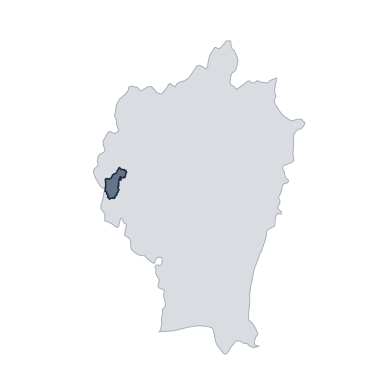 location of Miory, Vitebsk, Belarus, rotated 279°
{"feature_id": "67162791B84307245476990", "entity_name": "Miory", "entity_type": "district", "adm_level": 2, "iso_a3": "BLR", "parent_name": "Belarus", "parent_adm1": "Vitebsk", "projection": "robinson", "projection_center": [27.827, 55.577], "detail": "fine", "context": "in_parent", "style": "filled", "palette": "slate", "viewbox_px": 384, "rotation_deg": 279, "n_neighbors": 0, "source": "geoboundaries", "source_scale": "gbopen_adm2", "svg_char_len": 8210}
<svg xmlns="http://www.w3.org/2000/svg" viewBox="0 0 384 384"><g transform="rotate(279 192 192)"><path d="M317.7,257.9L311.5,257.6L304.0,257.7L299.9,260.0L295.3,258.9L292.1,260.2L284.9,266.5L282.0,269.8L279.4,275.0L277.8,278.9L278.7,281.6L280.2,284.0L280.5,286.7L281.2,288.9L279.4,290.4L278.4,292.6L275.3,292.2L271.4,290.1L270.6,287.0L267.6,284.9L265.6,283.8L262.4,283.6L257.4,284.6L250.7,285.4L245.7,285.6L242.9,286.7L238.9,287.7L237.3,286.5L235.0,283.0L233.2,279.5L231.9,278.0L230.8,277.6L229.4,277.7L227.9,278.8L226.7,279.9L222.5,281.2L220.7,282.4L218.6,285.6L217.3,285.4L215.9,284.7L214.3,281.1L212.1,280.3L208.5,280.2L204.2,279.5L200.6,278.4L199.3,278.6L197.2,280.2L194.9,280.4L189.9,279.0L188.9,279.6L186.1,283.6L184.7,283.8L183.9,283.3L184.4,279.9L181.5,278.6L176.6,278.5L173.1,279.0L171.5,278.8L170.6,278.1L166.4,272.4L164.2,272.0L160.2,272.3L154.3,271.6L147.6,270.3L143.8,269.9L141.9,268.6L137.7,268.1L126.6,265.7L122.0,265.3L115.3,265.2L105.0,264.7L98.4,265.0L95.4,265.8L91.8,266.3L79.7,267.0L75.3,267.6L74.0,268.8L72.5,271.5L67.4,276.0L62.4,279.1L61.5,279.3L58.7,277.7L56.4,277.2L53.6,277.0L51.6,277.5L50.3,278.3L50.4,281.8L50.1,282.1L48.1,277.9L48.3,274.1L49.6,272.0L51.1,270.0L50.6,267.1L52.1,263.2L52.2,260.4L51.6,259.2L50.5,257.8L47.4,256.3L46.0,255.1L41.7,253.5L37.5,251.5L36.9,250.2L37.1,249.4L37.9,248.1L41.2,244.3L44.8,240.7L47.1,239.2L59.1,234.6L61.0,232.9L61.5,230.2L61.5,224.6L60.9,219.5L60.0,216.0L57.9,209.4L52.1,195.8L48.8,181.6L51.2,182.5L56.8,182.8L61.3,181.8L63.6,181.7L65.7,182.0L71.6,181.2L73.0,182.5L75.6,183.6L80.9,182.0L85.5,180.0L90.2,180.2L90.9,179.2L92.2,174.2L93.6,173.1L99.3,173.6L101.4,172.7L103.7,170.2L107.0,168.7L109.8,168.7L112.8,167.0L114.2,168.1L114.9,170.2L113.9,171.9L114.3,172.5L116.3,173.3L119.7,173.3L122.0,172.6L122.5,171.7L122.5,170.0L122.0,168.4L120.5,167.0L117.8,166.3L115.9,166.2L115.6,165.4L116.2,163.5L118.0,160.0L120.1,156.9L121.4,155.7L121.6,154.6L121.4,152.7L121.4,149.4L123.3,144.6L125.9,141.0L129.3,139.8L133.4,139.2L136.0,137.5L137.4,135.6L138.5,132.6L139.8,132.0L149.7,132.4L151.2,129.4L152.1,128.6L154.0,127.7L155.3,126.6L154.8,125.8L152.3,125.3L146.4,124.8L145.2,123.8L145.6,122.6L147.2,119.6L148.8,115.6L149.6,112.5L149.7,110.7L150.5,110.2L155.3,109.6L156.9,109.0L161.1,104.8L164.3,104.1L172.4,105.2L176.2,105.1L180.9,105.4L181.3,105.0L183.0,100.8L191.1,94.2L195.4,91.9L198.1,91.4L199.1,91.5L203.4,95.0L204.4,95.2L207.3,93.7L212.2,93.6L214.6,94.8L217.9,99.1L219.6,99.6L224.4,97.2L227.1,96.4L228.9,96.4L238.0,99.8L238.7,100.8L238.8,102.1L237.4,106.0L239.3,108.4L241.5,110.0L246.2,107.3L247.9,106.6L249.8,106.5L252.3,105.6L254.1,104.0L255.9,103.5L259.3,103.9L265.3,103.5L272.4,105.9L273.1,106.6L276.6,109.4L277.9,110.8L279.1,111.2L281.0,112.5L283.5,113.4L285.3,113.1L286.1,113.6L286.9,114.6L287.0,116.4L286.9,121.6L284.4,124.3L284.1,125.3L284.2,126.4L286.3,128.6L289.0,132.1L289.6,134.1L289.7,135.6L286.2,140.1L285.0,141.2L284.3,143.4L283.9,145.7L284.1,146.6L290.1,150.3L294.6,152.2L295.6,153.2L295.7,153.8L293.4,157.7L293.2,158.7L296.8,160.3L298.8,162.9L300.6,167.0L304.0,171.0L316.7,176.8L317.8,177.9L318.2,179.1L317.9,181.8L315.7,187.0L317.9,187.8L323.4,187.6L330.2,188.2L338.3,191.9L338.4,193.5L337.6,195.0L338.2,196.6L339.1,197.9L346.2,202.0L346.9,203.2L347.1,205.2L347.0,206.7L345.1,207.0L342.9,207.7L339.4,209.4L338.1,211.9L332.5,215.3L329.0,216.8L326.2,216.9L319.5,216.2L317.1,214.5L316.1,213.0L313.5,212.3L310.1,212.2L305.4,212.5L304.5,213.0L303.7,214.9L301.8,218.1L300.4,219.9L306.5,226.4L309.6,229.0L310.6,230.6L310.6,231.8L309.2,233.1L309.4,235.9L312.5,239.5L311.5,240.0L311.3,244.4L311.4,249.2L312.2,250.3L313.8,251.2L315.2,253.0L317.5,256.9L317.7,257.9Z" fill="#d9dde1" stroke="#a8b0b8" stroke-width="1"/><path d="M174.5,116.9L174.8,116.9L175.0,116.8L175.1,116.7L175.3,116.5L175.5,116.6L175.6,116.8L175.8,117.0L176.1,117.2L176.3,117.3L176.6,117.5L176.8,117.7L176.9,117.8L177.1,117.8L177.4,117.9L177.4,118.0L177.5,118.1L177.7,118.3L177.9,118.3L178.1,118.2L178.4,118.0L178.7,118.0L178.9,117.9L179.1,118.0L179.4,118.0L179.6,118.1L179.6,118.3L179.8,118.5L180.0,118.7L180.1,118.8L180.4,119.0L180.6,119.0L180.9,119.0L181.1,119.0L181.3,119.0L181.5,119.1L181.8,119.1L182.0,119.2L182.1,119.3L182.4,119.4L182.7,119.5L182.8,119.4L183.0,119.4L183.1,119.1L183.5,118.9L183.6,118.7L183.8,118.5L184.1,118.5L184.3,118.4L184.6,118.3L184.8,118.2L185.1,118.1L185.3,117.9L185.5,117.9L185.7,118.0L185.7,118.3L185.8,118.5L186.0,118.7L186.3,118.7L186.6,118.7L187.0,118.6L187.4,118.5L187.7,118.4L187.8,118.3L188.0,118.2L188.3,118.0L188.5,118.1L188.6,118.3L188.6,118.5L188.9,118.5L189.0,118.4L189.3,118.2L189.6,118.1L189.9,118.1L190.2,118.1L190.5,118.1L190.9,118.0L191.2,118.0L191.5,118.0L191.8,118.2L192.0,118.3L192.3,118.4L192.6,118.3L192.8,118.2L193.1,118.0L193.3,118.0L193.5,118.1L193.8,118.3L193.9,118.5L193.8,118.8L193.7,118.8L193.3,119.0L193.2,119.1L192.9,119.3L192.8,119.5L192.7,119.5L192.6,119.8L192.8,119.8L193.1,119.8L193.4,119.7L193.6,119.7L193.9,119.7L194.1,119.7L194.3,119.7L194.5,119.6L194.4,119.5L194.2,119.4L194.1,119.1L194.3,118.9L194.7,118.8L194.9,118.7L195.0,118.6L195.5,118.6L195.9,118.7L196.0,118.8L196.0,119.0L195.8,119.3L195.6,119.5L195.4,119.5L195.1,119.7L195.0,119.9L195.0,120.1L195.0,120.3L195.0,120.7L195.1,120.9L195.2,121.1L195.2,121.3L195.1,121.6L195.2,121.9L195.3,122.0L195.5,122.0L195.9,122.2L196.1,122.3L196.2,122.5L196.3,122.6L196.3,122.8L196.2,122.9L195.9,123.0L195.8,123.4L196.0,123.4L196.3,123.3L196.5,123.2L196.7,123.3L196.9,123.4L196.9,123.5L197.0,123.6L197.2,123.8L197.3,123.8L197.7,123.7L197.9,123.7L198.0,123.7L198.4,123.7L198.6,123.7L198.8,123.8L199.2,123.7L199.3,123.7L199.6,123.6L199.8,123.6L200.0,123.7L200.2,123.8L200.4,123.9L200.6,124.0L200.8,124.1L201.0,124.2L201.1,124.3L201.3,124.3L201.4,124.2L201.6,124.2L201.7,123.9L201.8,123.6L201.9,123.4L202.1,123.3L202.3,123.2L202.6,123.2L202.4,122.9L202.4,122.7L202.5,122.5L202.7,122.3L202.9,122.2L203.1,122.1L203.4,121.9L203.5,121.8L203.5,121.6L203.4,121.4L203.4,121.0L203.3,120.9L203.2,120.6L203.2,120.4L203.2,120.2L203.3,120.0L203.3,119.8L203.4,119.7L203.4,119.4L203.4,119.1L203.4,118.7L203.3,118.4L203.2,118.3L203.2,118.1L203.3,118.0L203.5,117.8L203.7,117.7L203.8,117.6L204.0,117.4L204.3,117.3L204.5,117.0L204.6,116.9L204.7,116.6L204.8,116.4L204.7,116.2L204.3,116.1L204.1,116.1L203.7,115.9L203.1,115.7L202.7,115.5L202.2,115.3L201.8,115.1L201.5,114.9L201.2,114.8L200.9,114.7L200.6,114.7L200.3,114.7L199.8,114.6L199.5,114.5L199.1,114.3L198.8,114.1L198.6,114.0L198.5,113.8L198.4,113.7L198.3,113.4L198.2,113.2L197.9,112.9L197.8,112.7L197.7,112.6L197.6,112.2L197.4,112.0L197.2,111.7L196.9,111.4L196.7,111.1L196.2,110.8L195.8,110.8L195.4,110.7L195.0,110.6L194.8,110.4L194.6,110.4L194.4,110.4L194.2,110.4L193.7,110.2L193.4,109.8L193.3,109.7L193.1,109.5L192.9,109.4L192.7,109.4L192.4,109.3L192.2,109.2L191.8,108.9L191.7,108.7L191.8,108.6L191.9,108.4L192.0,108.2L192.0,107.9L192.0,107.7L191.8,107.5L191.8,107.3L191.7,107.0L191.8,106.9L191.8,106.6L191.8,106.3L191.8,106.2L192.0,106.0L192.0,105.9L192.0,105.7L191.9,105.5L191.8,105.4L191.7,105.2L191.4,104.7L191.2,104.6L190.8,104.4L190.6,104.4L190.4,104.5L190.2,104.6L189.7,104.7L189.3,104.8L189.1,104.8L188.8,104.9L188.5,104.9L187.9,105.2L187.6,105.3L186.9,105.4L186.5,105.4L186.3,105.4L186.0,105.5L185.6,105.6L185.2,105.6L184.8,105.8L184.6,105.8L184.3,105.8L184.1,105.9L183.8,105.9L183.3,105.8L183.0,105.7L182.4,105.6L182.0,106.0L181.2,106.1L180.3,106.1L179.3,106.0L179.1,106.0L178.9,106.5L178.8,106.8L178.8,107.0L178.7,107.2L178.7,107.4L178.7,107.6L178.5,107.8L178.2,107.8L177.7,107.8L177.4,107.9L177.2,107.9L177.0,108.0L176.8,108.1L176.6,108.2L176.5,108.3L176.4,108.5L176.5,108.9L176.5,109.0L176.3,109.3L176.1,109.3L175.9,109.3L175.6,109.4L175.4,109.4L175.2,109.5L174.8,109.5L174.6,109.5L174.5,109.4L174.3,109.4L174.1,109.4L173.9,109.5L173.7,109.5L173.5,110.0L173.4,110.3L173.1,110.5L172.9,110.5L172.7,110.6L172.6,110.8L172.6,111.0L172.5,111.3L172.4,111.4L172.3,111.6L172.1,111.7L172.2,111.9L172.5,111.9L172.6,112.0L172.8,112.0L172.9,112.5L173.0,112.9L173.2,113.1L173.3,113.5L173.6,113.7L173.8,113.9L173.8,114.0L173.6,114.3L173.4,114.6L173.4,114.8L173.5,114.9L173.8,115.1L173.7,115.4L173.6,115.5L173.5,115.8L173.5,116.1L173.7,116.3L174.0,116.5L174.5,116.9Z" fill="#64748b" stroke="#1e293b" stroke-width="1.5"/></g></svg>